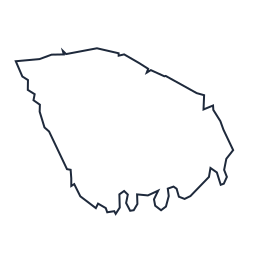 Wilson, Tennessee, United States of America (orthographic projection), rotated 171°
{"feature_id": "52423323B68514472010910", "entity_name": "Wilson", "entity_type": "district", "adm_level": 2, "iso_a3": "USA", "parent_name": "United States of America", "parent_adm1": "Tennessee", "projection": "orthographic", "projection_center": [-86.303, 36.156], "detail": "fine", "context": "isolated", "style": "outline", "palette": "slate", "viewbox_px": 256, "rotation_deg": 171, "n_neighbors": 0, "source": "geoboundaries", "source_scale": "gbopen_adm2", "svg_char_len": 1008}
<svg xmlns="http://www.w3.org/2000/svg" viewBox="0 0 256 256"><g transform="rotate(171 128 128)"><path d="M228.4,211.5L224.3,195.4L219.3,191.0L221.0,181.3L214.9,176.0L217.0,170.2L211.4,164.8L212.7,157.9L210.4,141.6L206.5,136.9L194.7,96.9L191.2,95.7L191.9,87.2L193.1,79.6L189.9,81.0L185.8,68.0L172.3,53.9L169.4,58.0L162.5,52.4L161.7,48.0L154.6,48.0L153.6,45.1L148.6,50.7L146.9,63.8L141.7,66.4L138.6,62.3L141.6,54.2L138.8,45.9L135.2,45.9L130.6,51.5L129.4,61.0L118.9,58.3L108.0,61.4L113.5,53.5L113.3,47.0L108.2,41.6L102.8,44.5L98.4,54.4L98.2,61.9L92.2,63.0L89.5,60.4L88.5,52.2L83.2,49.1L77.0,51.0L55.7,67.0L52.8,75.6L47.2,70.2L45.3,57.4L42.1,58.0L38.0,64.2L39.6,71.6L35.7,82.2L27.6,89.7L34.0,111.4L35.7,120.3L40.9,132.5L40.5,136.9L50.5,134.5L47.7,148.5L54.7,151.7L82.6,173.5L84.0,173.4L96.4,181.6L100.8,179.8L98.8,183.3L107.1,190.6L120.3,201.3L125.9,200.9L125.6,203.3L146.2,211.6L177.6,210.7L180.3,214.4L179.9,210.7L192.0,212.4L204.6,209.9L228.4,211.5Z" fill="none" stroke="#1e293b" stroke-width="2"/></g></svg>